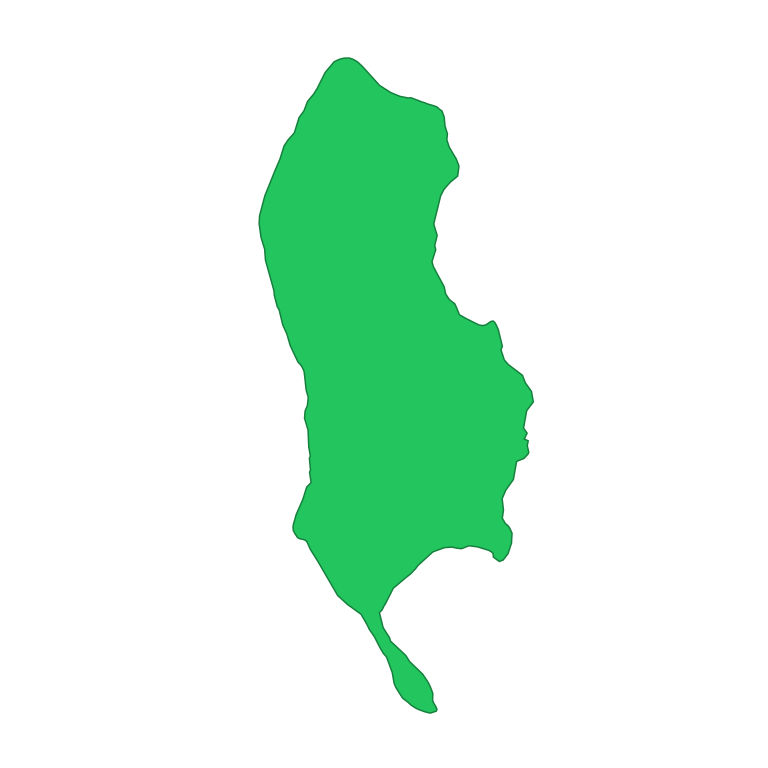 the district of Rota, Rota, Northern Mariana Islands, rotated 286°
{"feature_id": "39175420B64217482742742", "entity_name": "Rota", "entity_type": "district", "adm_level": 2, "iso_a3": "MNP", "parent_name": "Northern Mariana Islands", "parent_adm1": "Rota", "projection": "mercator", "projection_center": [145.199, 14.155], "detail": "fine", "context": "isolated", "style": "filled", "palette": "green", "viewbox_px": 768, "rotation_deg": 286, "n_neighbors": 0, "source": "geoboundaries", "source_scale": "gbopen_adm2", "svg_char_len": 3397}
<svg xmlns="http://www.w3.org/2000/svg" viewBox="0 0 768 768"><g transform="rotate(286 384 384)"><path d="M80.2,512.7L80.2,515.2L80.3,517.2L80.4,519.1L81.3,520.6L82.5,522.3L83.4,523.6L84.0,524.4L85.9,524.6L88.3,522.6L90.9,519.8L93.3,518.0L96.3,517.1L99.6,516.4L101.7,515.0L105.4,512.2L108.6,509.4L111.1,506.7L115.7,501.2L124.2,485.2L128.3,480.6L129.1,479.7L138.6,461.2L141.4,459.4L141.5,459.4L147.7,452.4L149.6,450.3L163.0,442.6L166.2,444.4L169.0,444.9L169.9,445.0L172.9,445.9L189.1,449.0L190.2,449.2L203.2,457.9L209.1,462.1L213.0,464.1L213.3,464.3L215.2,465.3L218.8,466.6L232.1,474.8L236.0,477.2L237.6,479.3L243.4,487.3L246.0,494.4L246.1,496.2L246.2,498.8L246.5,500.7L247.0,503.8L251.9,510.3L253.2,518.7L253.0,530.5L252.3,533.3L251.3,535.5L247.7,536.9L245.2,543.8L247.7,547.1L247.8,547.1L255.1,550.0L266.4,550.4L269.2,549.7L275.9,548.2L276.7,547.5L280.2,544.5L282.2,541.9L283.3,539.1L287.6,534.7L295.7,533.6L301.0,531.4L306.3,529.2L315.5,530.3L327.8,534.7L345.5,532.9L346.2,532.9L351.1,539.1L356.4,541.8L358.2,542.0L364.2,538.7L369.1,538.3L369.8,534.0L376.2,535.1L380.1,530.3L396.7,528.6L397.7,528.5L407.9,532.5L415.8,528.6L416.1,528.5L417.5,527.8L421.0,523.4L424.2,519.4L424.4,519.3L430.5,514.7L436.9,498.3L439.1,494.8L440.4,492.9L449.2,487.0L451.6,487.3L452.8,487.4L467.6,479.0L471.8,475.5L473.9,473.2L474.6,471.6L473.7,469.7L472.0,468.2L468.7,465.5L467.3,462.3L466.9,459.0L469.7,444.1L469.8,443.9L471.3,437.5L475.3,434.3L478.2,432.1L478.5,431.7L480.6,429.9L483.1,423.7L485.2,421.2L487.4,418.6L489.5,417.4L494.1,415.0L498.2,411.0L504.3,405.0L510.7,398.9L514.9,396.4L526.7,396.7L527.2,396.8L531.1,394.6L540.6,394.2L541.8,394.0L547.2,390.4L551.6,387.7L580.5,386.6L587.6,388.0L596.1,392.0L604.2,397.5L614.1,396.0L620.4,391.3L622.2,389.3L629.6,381.5L630.7,380.7L636.0,377.1L642.0,376.0L648.7,371.6L652.5,370.1L657.0,368.4L659.4,366.7L662.4,364.5L663.5,361.5L664.9,358.6L665.2,355.3L665.2,352.4L665.2,348.0L665.3,347.8L665.6,345.1L665.6,342.5L666.6,331.2L665.6,328.3L664.9,319.9L666.0,310.1L669.8,297.4L674.5,289.9L683.2,275.9L686.4,269.7L687.6,264.7L687.8,261.0L686.7,257.3L686.3,255.9L684.4,252.5L682.5,250.0L679.9,247.2L667.3,241.6L663.5,240.9L650.3,238.4L650.1,238.4L643.4,236.5L634.5,232.6L624.7,231.8L616.5,228.9L600.7,228.6L592.5,224.6L585.5,222.4L584.3,222.3L571.4,222.0L566.2,221.3L557.2,220.2L544.8,218.9L532.2,217.6L511.4,218.0L503.6,219.8L491.2,225.3L480.6,232.2L477.5,233.3L470.4,235.9L443.2,252.6L439.0,254.1L436.5,255.6L428.8,260.2L426.3,262.8L412.9,270.4L405.1,277.0L395.2,283.2L391.6,286.3L386.3,290.9L381.5,295.2L380.7,296.3L380.5,296.7L379.3,298.8L377.3,301.0L374.1,303.7L368.4,306.1L356.8,310.8L355.5,311.6L350.4,314.8L342.3,316.3L336.3,315.6L329.8,316.9L329.2,317.0L319.0,323.6L302.8,329.0L294.3,333.1L292.2,332.7L280.9,337.1L278.8,336.7L269.2,341.1L263.6,338.1L250.9,337.8L234.3,335.6L223.7,335.6L221.0,336.1L218.4,337.1L215.8,339.4L213.7,341.9L213.1,342.5L212.4,343.8L212.0,345.3L212.2,347.0L212.2,348.0L212.3,349.2L212.2,351.4L210.9,353.6L204.6,358.9L195.1,369.5L167.9,397.8L161.9,409.9L158.7,418.9L156.3,425.5L149.6,432.4L148.2,433.9L144.1,437.5L138.3,444.5L133.3,449.2L129.4,452.9L128.4,453.9L124.8,457.7L122.4,461.5L121.0,462.6L118.0,464.8L113.9,467.8L109.0,471.4L101.6,475.0L99.1,476.2L95.6,479.0L93.5,481.3L88.2,487.3L87.1,488.5L84.6,495.0L82.9,498.2L81.1,504.1L80.9,505.5L80.5,508.1L80.4,510.6L80.2,512.7Z" fill="#22c55e" stroke="#15803d" stroke-width="1.5"/></g></svg>